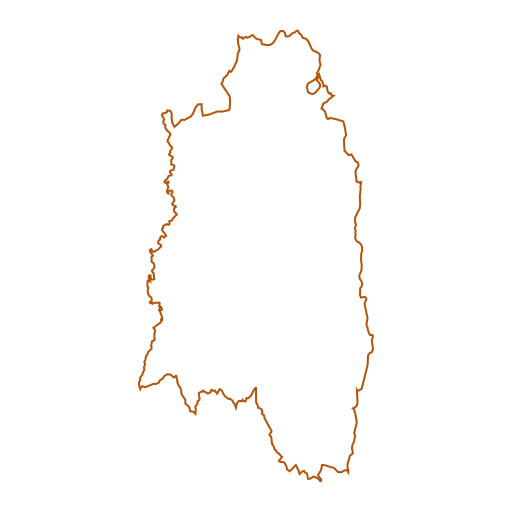 outline of Anjozorobe, Analamanga, Madagascar
{"feature_id": "10022922B1306198900476", "entity_name": "Anjozorobe", "entity_type": "district", "adm_level": 2, "iso_a3": "MDG", "parent_name": "Madagascar", "parent_adm1": "Analamanga", "projection": "equal_earth", "projection_center": [47.714, -18.198], "detail": "fine", "context": "isolated", "style": "outline", "palette": "amber", "viewbox_px": 512, "rotation_deg": 0, "n_neighbors": 0, "source": "geoboundaries", "source_scale": "gbopen_adm2", "svg_char_len": 6040}
<svg xmlns="http://www.w3.org/2000/svg" viewBox="0 0 512 512"><path d="M217.1,393.6L219.5,389.3L220.6,389.4L222.0,390.9L223.7,394.5L225.2,396.5L228.7,399.0L230.4,398.9L232.6,400.8L233.6,403.0L234.8,404.2L235.9,407.7L237.0,403.5L238.3,401.3L239.7,400.8L242.0,401.3L242.6,399.8L243.9,401.2L245.4,401.4L246.6,398.1L248.1,398.2L250.6,396.2L254.3,389.3L255.5,387.9L256.0,388.0L256.1,402.4L257.3,404.3L258.2,407.8L260.3,408.4L261.7,409.6L262.3,411.2L261.9,413.8L264.1,415.4L264.5,418.2L271.5,430.9L271.4,431.8L269.5,434.4L269.8,435.6L271.2,436.9L272.1,444.1L273.4,445.9L274.6,449.3L276.3,450.9L276.8,452.3L278.7,453.4L282.0,457.0L278.9,460.9L280.4,462.0L283.6,462.2L284.8,463.2L286.7,467.2L287.0,469.4L289.7,471.3L295.8,465.1L298.6,470.7L299.6,474.0L302.0,471.7L303.9,470.9L305.1,472.5L307.0,473.6L308.0,478.8L310.4,478.7L313.0,476.7L314.8,476.8L318.5,478.8L320.4,481.3L321.0,481.0L321.1,479.5L318.6,476.3L318.0,474.9L321.1,470.1L322.0,465.0L325.7,465.3L330.6,467.2L333.0,467.5L334.3,468.1L337.7,471.9L341.3,472.3L343.7,470.8L346.8,469.9L348.3,472.3L348.4,470.7L347.5,467.2L347.5,464.3L349.9,455.8L352.9,453.2L351.9,448.0L352.6,444.4L353.8,442.2L355.0,436.7L355.1,435.7L354.1,433.2L356.8,422.5L355.5,414.7L353.8,408.7L353.1,408.3L355.5,407.0L357.1,405.1L357.5,401.9L356.9,389.9L357.6,391.0L361.6,389.0L367.6,365.1L368.0,355.7L369.3,353.4L371.8,352.1L373.0,349.1L371.8,340.4L373.0,336.0L372.3,335.0L369.8,334.9L368.1,330.8L367.5,327.6L366.4,324.8L367.5,318.0L364.6,304.2L364.9,302.4L366.3,299.4L366.1,298.2L365.0,296.9L361.0,297.5L360.0,295.3L360.2,288.1L361.8,286.2L362.1,285.2L361.7,281.5L359.8,278.9L359.3,276.3L359.4,275.3L361.5,270.3L361.7,264.7L361.1,260.8L361.2,253.6L362.2,250.9L362.1,247.9L361.5,245.3L359.2,242.3L358.0,242.3L356.0,240.2L355.1,237.8L355.6,234.7L355.3,232.3L355.7,230.6L354.7,228.0L355.8,225.9L355.9,224.4L355.0,221.9L355.2,217.3L359.8,208.1L360.2,203.5L359.8,196.8L360.6,189.6L360.4,186.9L361.2,182.2L360.3,182.0L359.1,182.7L357.6,181.7L356.6,181.7L355.4,171.8L356.2,169.4L358.5,165.8L358.0,162.6L355.4,161.2L351.4,154.4L348.7,155.2L344.5,150.7L343.9,139.3L346.1,135.3L344.9,127.7L343.3,121.4L336.1,119.2L329.7,117.9L328.3,119.1L326.9,118.5L325.1,111.8L322.5,109.0L321.5,108.7L323.5,103.2L326.6,102.1L328.7,99.5L333.6,95.8L331.7,95.3L330.6,93.2L329.7,93.7L328.5,93.0L327.4,90.3L326.8,86.5L325.2,85.8L323.4,86.4L323.4,84.2L321.7,80.6L320.7,79.8L319.3,74.8L316.8,80.2L319.1,82.8L320.2,85.0L319.7,87.6L314.9,93.1L312.3,94.1L308.2,92.5L306.8,87.0L307.8,83.7L315.2,79.3L318.2,74.4L317.3,74.2L316.9,73.3L318.5,70.5L320.5,64.8L319.5,60.5L320.0,55.0L318.3,52.9L312.9,50.4L311.5,48.4L308.0,40.6L305.5,38.6L302.7,37.8L301.3,34.9L299.3,33.4L298.0,30.8L296.6,30.7L294.9,32.4L292.4,33.2L289.6,35.9L287.1,36.6L285.7,36.3L285.0,33.1L284.0,31.8L282.9,30.9L280.4,31.1L279.2,32.4L273.9,42.1L270.8,44.6L268.2,45.2L262.4,44.3L261.8,43.7L261.0,39.9L257.5,39.2L255.4,38.1L252.7,35.1L251.6,35.4L249.9,36.8L247.1,37.7L245.8,36.9L242.9,38.7L241.8,37.2L240.3,37.6L238.4,35.8L238.3,37.2L237.6,38.7L238.0,39.6L238.1,43.6L239.5,48.3L239.1,49.9L239.3,51.1L237.9,52.8L237.0,60.3L234.3,66.5L231.4,71.5L230.6,71.9L229.6,70.9L229.0,71.3L227.2,75.1L223.4,78.6L222.3,82.7L221.4,83.8L229.7,96.3L230.1,102.0L229.6,109.0L228.9,110.1L222.6,111.5L217.4,111.5L209.3,114.5L202.9,115.7L201.6,109.0L201.6,104.2L198.0,104.4L195.5,107.6L192.8,114.0L190.7,116.6L184.3,120.0L181.5,119.7L178.3,123.6L174.5,126.8L172.2,122.5L171.6,117.8L171.8,113.9L170.4,110.8L167.1,110.6L166.7,112.4L162.6,113.6L162.1,114.2L162.2,115.7L164.1,119.4L163.3,121.4L163.4,123.2L163.7,123.9L165.6,125.1L165.2,127.7L167.2,130.8L168.3,131.4L170.5,134.2L167.4,140.9L167.8,142.0L168.8,142.6L169.9,145.5L171.1,146.1L172.2,148.1L170.1,151.4L170.3,152.8L169.0,154.3L169.3,155.1L172.8,157.1L172.6,158.2L171.3,160.1L171.2,164.4L173.7,165.1L174.4,165.9L173.6,169.6L170.1,170.9L170.0,172.4L171.6,174.3L171.5,175.3L168.6,175.9L167.4,178.5L164.6,181.1L164.5,182.4L166.0,183.0L167.7,181.7L168.5,181.8L167.3,184.7L168.4,187.1L167.0,190.4L167.1,192.2L167.7,193.3L168.4,193.6L168.5,191.5L169.2,190.7L171.9,190.7L172.5,191.5L172.4,192.6L171.3,193.9L171.4,195.3L173.8,197.6L174.3,200.5L172.2,203.8L173.0,205.2L175.8,206.3L175.7,207.3L174.2,208.2L173.8,210.0L174.4,212.0L176.7,214.0L176.7,214.6L173.2,218.1L172.0,220.5L169.3,221.2L169.6,223.5L169.2,224.6L168.3,224.8L166.8,224.1L163.3,225.8L163.1,228.0L162.0,228.9L161.9,229.8L166.2,235.7L163.9,237.5L162.6,236.2L161.6,236.1L160.3,237.3L160.0,239.5L158.6,240.6L158.0,243.1L158.5,243.8L161.0,245.0L161.2,246.4L157.4,250.0L153.2,252.0L152.5,251.8L151.4,249.2L150.2,249.7L149.9,251.0L150.2,252.1L153.0,255.6L151.6,256.8L151.6,261.8L153.7,263.4L154.6,266.6L154.4,267.6L151.9,270.6L152.7,272.5L153.6,273.1L154.2,279.2L151.7,279.7L151.1,279.2L150.6,277.6L150.6,275.4L149.8,275.1L148.7,276.2L148.6,277.0L150.1,281.5L148.0,280.5L147.5,281.2L147.4,286.2L148.4,287.8L147.6,290.6L148.3,294.2L149.0,295.7L151.4,297.7L151.8,300.6L151.5,301.3L149.8,302.0L149.7,302.6L152.5,303.8L153.1,302.9L159.5,302.7L159.7,303.8L159.0,306.1L159.9,307.2L161.0,306.8L162.0,309.4L161.1,310.0L159.4,309.2L159.0,310.2L160.6,312.4L160.7,314.0L161.8,315.9L162.2,319.8L161.1,319.5L161.2,322.0L153.4,327.8L155.2,330.3L154.3,334.7L154.6,340.0L152.0,341.4L151.2,345.5L151.6,348.7L148.2,351.8L147.4,354.3L145.9,356.3L145.5,359.5L144.3,362.1L145.1,364.2L143.9,367.5L144.4,370.0L142.8,372.6L142.4,374.7L140.2,377.5L140.1,380.3L139.0,382.4L139.3,386.5L140.2,389.0L140.8,387.5L142.3,386.2L145.3,387.2L153.9,383.7L155.5,384.1L157.5,383.4L158.9,382.5L159.6,380.6L162.6,378.8L164.3,376.1L167.4,374.2L170.7,374.7L173.8,377.4L174.5,377.3L175.9,375.7L176.4,375.9L176.9,379.4L177.6,380.7L177.2,382.1L178.9,386.2L179.8,386.8L181.0,389.7L181.6,394.4L185.3,399.8L185.4,403.7L189.2,406.9L190.2,411.3L193.5,411.8L195.4,413.8L195.8,409.3L195.2,406.7L197.5,403.7L197.4,401.5L199.5,399.8L199.4,397.3L198.8,395.4L199.0,393.0L200.7,391.9L202.5,391.7L203.0,390.6L207.9,393.6L210.4,392.5L210.9,390.2L211.8,389.8L213.0,390.8L215.0,390.6L215.4,391.9L216.0,392.0L217.1,393.6Z" fill="none" stroke="#b45309" stroke-width="2"/></svg>